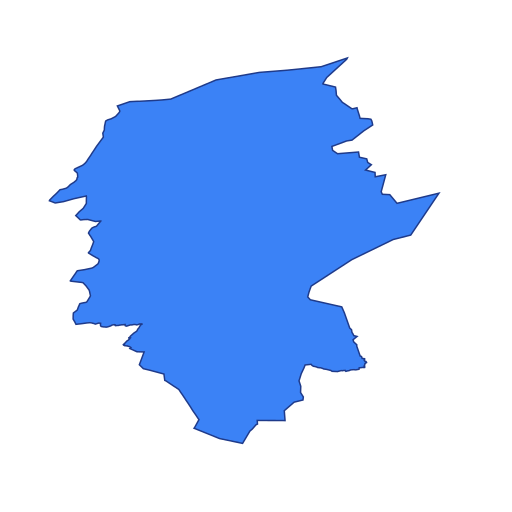 the district of Grane nor, Nordland, Norway, rotated 168°
{"feature_id": "86288312B42207661783439", "entity_name": "Grane nor", "entity_type": "district", "adm_level": 2, "iso_a3": "NOR", "parent_name": "Norway", "parent_adm1": "Nordland", "projection": "natural_earth1", "projection_center": [13.588, 65.442], "detail": "fine", "context": "isolated", "style": "filled", "palette": "blue", "viewbox_px": 512, "rotation_deg": 168, "n_neighbors": 0, "source": "geoboundaries", "source_scale": "gbopen_adm2", "svg_char_len": 6005}
<svg xmlns="http://www.w3.org/2000/svg" viewBox="0 0 512 512"><g transform="rotate(168 256 256)"><path d="M125.5,430.7L152.9,427.6L186.5,431.2L214.7,434.9L258.5,436.5L303.2,427.9L306.8,427.2L315.6,428.2L321.3,429.0L337.4,431.5L340.4,432.1L347.3,433.2L360.4,431.6L359.4,427.7L359.1,426.6L359.2,425.7L360.0,424.8L362.2,423.2L364.0,421.9L364.9,421.5L369.2,420.3L372.7,420.0L374.7,419.4L375.0,419.2L375.5,418.2L376.3,416.3L376.9,415.1L377.4,413.7L378.2,410.7L380.3,408.0L380.6,404.0L389.1,396.5L392.1,393.5L393.1,392.5L395.2,390.5L396.8,388.8L400.4,385.4L401.9,383.8L403.2,382.8L403.9,382.3L405.5,381.4L406.8,380.8L407.5,380.6L414.7,379.0L415.6,378.4L416.0,377.9L415.5,376.9L414.0,375.0L413.5,374.1L413.8,371.3L414.1,370.0L414.7,369.7L415.4,368.0L416.7,367.0L417.2,366.8L418.6,366.0L422.7,364.5L425.4,362.7L426.9,362.0L427.4,361.8L431.4,361.5L433.9,361.6L437.1,359.4L439.3,358.0L441.7,356.6L446.2,353.6L446.4,353.3L446.6,353.0L444.7,351.8L441.7,349.8L441.2,349.6L433.0,349.2L422.3,349.9L409.5,350.0L409.5,349.7L409.6,348.9L410.6,344.7L411.0,342.7L415.0,338.6L416.2,337.9L419.6,336.1L422.6,333.9L423.5,333.3L423.9,333.0L422.9,331.6L421.4,329.4L420.4,327.9L419.9,327.7L416.7,327.4L412.9,326.7L405.8,323.1L401.0,322.6L400.6,322.4L403.7,320.0L404.7,319.2L405.7,318.4L406.3,318.2L408.1,318.1L410.2,317.6L410.9,317.3L413.9,314.8L415.0,313.4L415.1,313.0L414.8,312.5L414.2,310.8L413.8,310.0L411.8,304.1L411.8,303.7L413.8,300.5L415.3,298.3L416.8,295.8L417.4,295.4L419.2,294.1L419.2,293.7L415.5,290.2L413.3,288.3L412.8,287.8L410.9,286.3L410.5,285.7L410.3,285.0L410.3,284.4L410.5,283.7L411.8,281.6L412.5,281.0L417.6,278.6L419.1,278.3L426.6,278.3L433.7,278.7L434.2,278.5L436.5,276.2L437.4,275.4L442.8,270.3L442.4,269.9L431.7,266.3L430.6,265.7L430.0,264.6L428.5,262.2L426.7,258.2L426.4,257.6L426.2,256.3L426.2,251.5L426.8,250.7L431.0,246.3L431.9,246.0L433.9,246.1L436.4,246.1L438.1,246.0L438.4,245.8L438.6,245.6L438.9,245.0L440.2,243.3L442.0,240.4L442.5,240.1L446.5,238.2L447.2,235.8L448.0,232.3L446.9,229.0L446.3,226.6L440.0,226.0L435.6,225.7L432.3,225.3L430.4,224.6L429.6,224.1L428.8,223.8L427.3,222.8L424.0,223.1L423.1,222.9L422.5,222.6L422.0,222.5L422.1,222.0L422.5,221.0L422.5,220.5L422.5,220.1L422.3,219.6L422.0,219.2L419.8,218.3L418.9,218.1L417.4,217.6L416.5,217.5L414.7,217.6L413.0,217.8L412.1,218.0L411.4,218.3L410.5,218.4L408.7,218.3L408.2,218.1L408.4,217.7L408.1,217.2L407.7,217.0L406.8,217.0L405.1,216.7L404.4,216.7L404.1,216.8L402.2,216.6L401.7,216.7L401.2,216.5L400.8,216.5L400.2,216.3L399.4,216.4L398.3,216.2L398.6,215.7L398.4,215.4L398.4,215.0L398.2,214.8L397.3,214.4L397.2,214.3L396.0,214.4L394.5,214.6L392.9,214.7L391.8,214.4L389.6,214.4L388.1,214.0L387.3,213.5L386.5,213.4L386.0,213.4L385.4,213.5L384.9,213.5L384.4,213.7L383.6,213.7L382.8,213.5L382.0,213.4L381.7,213.3L381.7,213.0L382.2,212.9L383.3,212.4L384.4,211.3L385.5,210.0L386.3,209.5L387.1,208.7L387.9,207.6L388.4,207.3L388.7,207.1L391.5,206.0L395.5,203.7L395.9,203.4L396.0,203.0L396.1,202.8L397.4,202.5L397.5,202.3L397.4,202.2L396.6,202.1L396.1,201.9L396.8,201.5L396.9,201.3L396.9,201.1L397.3,200.9L397.7,200.8L398.1,200.4L399.7,199.8L400.0,199.7L400.5,199.3L402.0,198.3L402.5,197.9L402.9,197.6L403.3,197.5L403.5,197.3L403.7,197.2L403.9,197.0L404.2,196.8L404.1,196.7L403.9,196.5L403.9,196.3L403.3,196.2L403.4,195.9L403.2,195.6L402.4,195.5L402.0,195.2L401.4,195.1L400.9,194.8L400.4,194.8L400.2,194.5L400.0,194.4L398.6,193.7L397.4,192.5L398.6,191.7L392.4,187.1L385.4,185.4L389.7,178.6L392.7,173.9L389.6,169.2L383.5,166.3L370.6,159.7L371.1,153.3L370.2,152.7L365.7,148.1L365.0,147.4L363.1,145.4L361.6,144.0L361.0,143.3L359.5,141.8L359.0,141.0L358.0,138.3L356.7,135.3L355.7,132.7L355.3,131.9L355.2,131.5L354.5,129.6L353.3,126.7L351.7,122.6L351.3,121.6L351.0,120.6L349.6,116.9L348.0,113.2L346.5,109.4L345.8,107.9L346.0,107.6L348.4,104.8L349.1,104.0L351.6,101.1L352.4,100.4L329.6,85.0L308.1,75.5L298.4,86.0L295.6,87.5L291.1,90.9L289.5,91.3L289.0,94.9L261.8,89.0L260.5,98.8L249.1,105.1L240.0,105.4L239.0,108.3L240.8,113.2L239.3,119.3L239.9,124.9L236.2,131.5L232.4,136.5L230.6,139.2L224.6,138.6L224.0,137.4L222.8,136.2L221.7,135.8L220.5,135.2L219.9,135.0L219.2,134.3L218.6,134.0L216.8,133.4L215.9,133.2L213.5,131.7L213.4,131.5L212.1,131.0L210.7,130.5L206.6,128.5L205.6,127.4L200.3,126.0L196.9,126.2L196.4,126.2L195.4,125.8L194.6,125.9L193.9,125.7L192.6,125.6L192.5,125.2L192.1,124.5L190.2,124.6L188.9,124.5L187.1,124.9L184.5,124.6L183.3,124.3L182.5,124.0L181.8,123.9L178.8,123.8L178.6,124.2L178.6,124.4L178.3,125.2L178.1,125.2L177.1,125.0L174.8,124.8L174.2,124.8L174.1,124.7L173.7,124.4L172.9,124.4L172.9,124.7L173.1,124.9L173.1,125.1L172.8,125.3L173.0,125.5L173.1,125.9L172.7,126.4L172.5,126.5L172.2,126.8L172.2,127.1L172.2,127.4L172.2,127.5L171.8,127.9L171.8,128.1L170.8,128.6L170.2,128.7L170.2,128.8L170.0,129.0L170.3,129.4L170.3,129.8L170.4,130.0L170.7,130.1L171.2,130.2L171.3,130.5L171.6,130.8L171.8,131.5L171.6,131.6L171.6,131.8L171.4,131.9L171.4,132.1L171.3,132.3L171.7,132.4L171.7,132.5L171.4,132.6L171.1,132.8L171.2,133.0L171.8,133.1L173.0,133.7L173.3,133.7L173.3,133.9L173.6,134.1L173.6,134.4L173.6,135.4L173.7,135.5L173.8,135.8L174.0,136.0L174.9,136.5L176.2,146.8L175.9,148.3L176.0,148.4L178.3,151.7L178.5,153.9L173.9,156.3L176.9,157.8L177.4,159.8L178.0,161.3L177.9,164.1L179.3,166.0L181.4,182.1L182.7,188.4L212.0,201.9L213.9,205.2L211.8,209.4L210.0,212.4L208.3,215.1L163.1,232.5L118.4,243.6L100.3,244.3L64.0,279.4L107.1,278.2L112.4,288.2L119.6,290.1L120.2,292.8L112.2,308.5L122.9,308.7L122.2,313.0L131.0,317.3L124.2,321.3L127.3,324.3L127.5,328.0L134.3,331.1L134.1,336.4L155.0,339.1L159.1,343.4L159.0,347.4L143.4,349.7L138.0,349.4L124.6,356.0L114.6,359.9L114.6,362.7L114.7,364.2L114.8,364.6L115.2,365.9L118.0,367.0L125.6,369.0L125.7,371.7L126.3,377.9L126.4,379.4L126.4,380.0L130.7,379.9L131.7,380.2L136.8,385.5L137.8,386.6L138.7,387.4L139.7,388.5L141.0,391.1L143.7,396.1L143.9,396.5L143.3,401.4L143.1,404.7L154.7,410.3L154.7,410.8L149.7,415.9L126.9,429.3L126.4,429.6L125.5,430.7Z" fill="#3b82f6" stroke="#1e3a8a" stroke-width="1.5"/></g></svg>